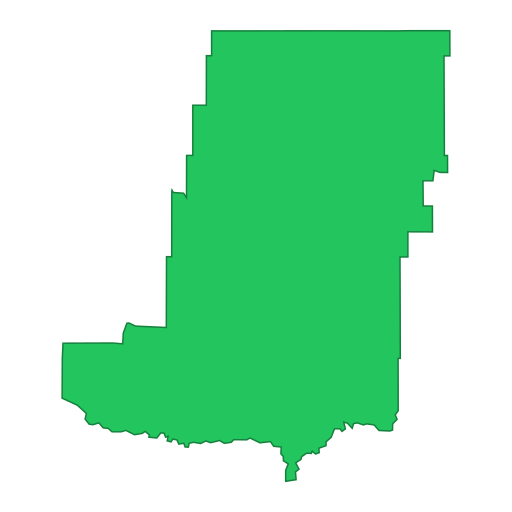 Phillips, Montana, United States of America
{"feature_id": "52423323B56021233404886", "entity_name": "Phillips", "entity_type": "district", "adm_level": 2, "iso_a3": "USA", "parent_name": "United States of America", "parent_adm1": "Montana", "projection": "equal_earth", "projection_center": [-108.014, 48.225], "detail": "fine", "context": "isolated", "style": "filled", "palette": "green", "viewbox_px": 512, "rotation_deg": 0, "n_neighbors": 0, "source": "geoboundaries", "source_scale": "gbopen_adm2", "svg_char_len": 1697}
<svg xmlns="http://www.w3.org/2000/svg" viewBox="0 0 512 512"><path d="M398.2,410.7L398.1,358.4L400.3,358.4L400.0,257.0L407.9,257.0L407.9,231.8L432.5,231.9L432.4,206.0L423.2,206.0L423.1,192.7L423.0,180.8L432.9,180.8L434.2,170.4L440.0,172.4L447.6,172.5L447.5,155.5L444.4,155.5L444.0,55.9L449.9,55.9L449.8,30.7L410.2,30.7L396.6,30.9L322.4,30.8L247.6,30.9L211.6,30.9L211.6,55.7L206.4,55.7L206.3,105.2L192.8,105.2L192.8,155.4L186.6,155.4L186.5,197.7L183.6,193.2L173.3,192.5L172.0,190.2L171.8,191.2L171.7,256.7L166.5,256.7L166.3,327.5L135.5,326.1L129.0,323.0L126.9,323.2L123.3,333.1L122.7,343.8L112.3,343.0L63.0,343.2L62.3,358.4L62.1,398.2L77.3,405.2L86.4,413.5L85.1,419.1L89.2,424.2L92.9,424.7L98.9,422.9L103.2,427.9L108.1,428.3L112.0,431.8L121.1,431.8L125.8,430.4L134.5,434.7L142.3,433.4L145.1,431.4L149.3,434.8L148.9,437.2L156.8,438.0L160.8,432.9L164.1,433.2L165.6,437.2L168.1,436.3L167.2,440.9L171.0,441.9L172.8,439.0L176.9,439.9L178.8,444.1L183.8,443.3L185.1,447.0L188.4,447.1L189.1,443.3L193.6,442.3L200.6,443.5L205.8,441.0L210.7,442.7L219.5,440.5L224.3,443.3L231.3,442.3L233.7,439.7L246.8,439.8L250.0,438.0L259.9,442.8L270.4,441.6L273.7,446.3L281.2,447.0L280.9,453.8L283.3,456.5L283.4,460.8L288.2,463.9L285.7,470.3L285.7,481.3L296.1,479.7L295.5,471.9L299.0,469.2L295.7,462.8L300.9,459.5L301.6,456.7L306.6,453.2L311.4,453.4L312.2,451.2L315.6,454.0L319.2,452.7L318.9,448.2L326.0,445.7L326.1,441.8L331.1,437.4L334.5,428.8L339.9,428.8L342.0,431.4L345.4,428.9L343.7,422.1L347.5,423.2L352.2,428.3L353.6,423.6L357.4,422.9L363.4,424.9L366.6,423.9L374.1,424.9L379.0,430.5L389.9,431.0L392.5,430.1L392.7,423.8L397.1,419.3L395.2,414.9L398.2,410.7Z" fill="#22c55e" stroke="#15803d" stroke-width="1.5"/></svg>